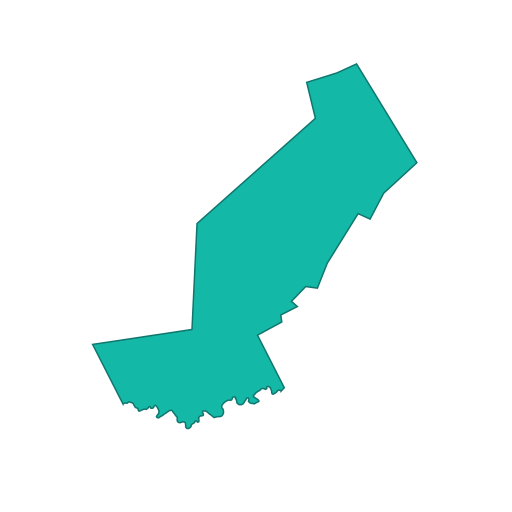 the district of Ulang, Upper Nile, South Sudan, rotated 63°
{"feature_id": "79223893B95619836669451", "entity_name": "Ulang", "entity_type": "district", "adm_level": 2, "iso_a3": "SSD", "parent_name": "South Sudan", "parent_adm1": "Upper Nile", "projection": "albers", "projection_center": [33.135, 8.552], "detail": "fine", "context": "isolated", "style": "filled", "palette": "teal", "viewbox_px": 512, "rotation_deg": 63, "n_neighbors": 0, "source": "geoboundaries", "source_scale": "gbopen_adm2", "svg_char_len": 3348}
<svg xmlns="http://www.w3.org/2000/svg" viewBox="0 0 512 512"><g transform="rotate(63 256 256)"><path d="M327.6,441.7L327.4,441.5L327.5,439.8L327.8,438.9L328.6,437.8L328.7,437.2L328.4,436.4L328.3,435.5L328.7,434.7L329.8,434.0L330.5,432.9L331.6,432.5L332.4,432.4L334.2,432.4L335.3,432.4L336.7,431.9L337.6,430.9L338.1,430.5L338.8,430.5L339.3,430.8L340.1,430.9L340.7,430.9L341.3,430.3L341.4,429.2L341.4,428.3L341.5,426.6L341.5,425.7L341.8,425.0L342.2,424.3L342.8,423.6L342.8,423.0L342.5,421.3L341.8,420.1L341.8,419.3L342.2,418.9L343.1,418.8L344.0,418.7L344.4,417.9L344.7,416.9L344.3,415.8L343.6,415.1L343.4,414.4L343.3,413.8L343.6,413.3L344.4,413.0L345.5,412.7L347.5,412.6L349.9,412.8L351.2,413.4L352.3,414.6L353.1,416.4L353.9,417.6L354.7,417.6L355.3,417.3L356.0,416.2L355.9,415.2L355.7,414.3L355.7,412.5L355.5,410.7L355.1,409.0L355.0,407.0L354.7,405.4L354.5,403.3L354.9,402.1L355.0,401.4L356.1,400.8L357.3,400.8L358.9,400.5L360.1,400.2L362.1,400.0L362.8,399.5L364.6,399.6L365.9,400.5L367.0,401.0L368.1,401.0L369.1,400.6L369.5,400.1L370.1,399.3L370.4,397.8L370.3,396.8L370.9,395.9L371.5,395.1L372.6,394.7L373.4,395.0L375.2,395.6L376.3,396.3L377.4,396.1L378.2,395.9L378.6,395.4L379.1,394.5L379.1,393.3L378.8,392.2L378.5,391.4L377.8,390.8L377.1,390.3L376.7,388.7L376.6,387.7L376.6,386.6L376.2,386.0L375.4,385.1L375.7,384.3L376.4,383.8L377.6,383.5L377.7,383.0L377.7,382.2L376.8,381.6L375.2,380.9L374.0,380.6L373.4,379.0L373.3,377.9L374.0,376.5L374.0,375.4L373.4,374.9L373.1,374.6L372.1,374.6L371.2,374.7L370.6,374.5L370.2,373.9L370.2,373.1L370.4,372.6L371.2,371.5L371.7,370.8L373.1,370.2L374.7,369.6L376.1,369.0L377.2,368.3L378.3,367.9L379.7,367.3L380.9,366.7L381.0,366.1L381.3,365.1L381.6,363.4L382.1,362.3L382.7,361.2L383.0,359.8L382.7,358.3L382.0,357.2L380.8,356.0L379.6,355.5L378.4,355.0L377.5,355.0L376.9,355.0L376.2,355.3L375.7,355.2L374.9,355.0L373.8,354.4L373.1,353.4L372.4,351.5L371.9,349.6L371.8,348.8L371.8,347.6L371.8,346.4L372.4,345.0L373.1,344.0L373.1,343.0L372.6,342.2L371.5,341.3L371.3,340.5L371.7,339.4L372.3,338.5L373.0,338.5L373.4,338.9L373.8,339.1L374.0,338.9L374.4,338.8L375.8,339.0L376.9,339.2L378.2,339.7L379.5,339.2L380.5,338.8L380.9,338.3L381.4,337.5L381.9,336.2L381.9,334.8L381.4,333.6L380.4,332.1L379.9,331.0L378.6,329.1L378.5,328.3L378.7,327.6L379.0,327.3L380.3,327.3L381.0,327.6L381.5,328.1L381.8,328.6L382.3,328.6L383.3,328.4L384.3,328.0L385.3,326.8L386.4,325.3L387.0,324.6L386.8,322.9L386.9,321.6L386.9,320.2L386.8,319.4L386.4,319.2L385.8,319.2L384.4,319.7L383.1,320.5L381.6,321.3L380.4,322.0L379.6,321.9L379.2,321.7L378.9,320.7L378.8,320.0L378.1,319.1L377.9,318.0L377.6,316.6L377.5,315.1L377.5,313.5L376.9,312.2L376.8,311.3L377.0,310.1L378.2,308.8L379.1,308.2L379.2,307.4L379.1,306.6L378.4,306.4L377.5,306.0L377.5,305.3L377.8,304.4L378.3,303.8L379.7,303.1L380.9,303.1L382.0,303.2L383.3,303.4L384.5,303.9L385.5,304.2L386.0,304.2L386.5,304.0L386.9,303.4L386.9,302.4L386.9,301.7L386.8,300.6L386.6,299.7L386.2,298.7L385.8,298.0L385.8,297.2L385.9,296.4L386.4,295.9L387.0,295.5L387.2,294.7L387.4,294.5L387.7,294.7L386.2,290.6L327.2,290.6L326.5,263.0L319.8,260.7L319.8,242.1L312.5,245.0L305.8,225.6L312.5,215.9L294.8,195.8L264.6,145.8L274.9,137.6L258.0,113.7L245.9,70.3L130.5,79.2L129.6,100.9L124.3,132.0L160.3,140.6L200.3,293.8L292.4,346.4L260.6,441.7L327.6,441.7Z" fill="#14b8a6" stroke="#0f766e" stroke-width="1.5"/></g></svg>